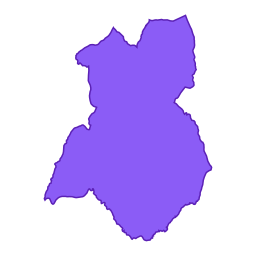 the district of Amagá, Antioquia, Colombia
{"feature_id": "7082276B93936498493280", "entity_name": "Amagá", "entity_type": "district", "adm_level": 2, "iso_a3": "COL", "parent_name": "Colombia", "parent_adm1": "Antioquia", "projection": "equal_earth", "projection_center": [-75.71, 6.034], "detail": "fine", "context": "isolated", "style": "filled", "palette": "violet", "viewbox_px": 256, "rotation_deg": 0, "n_neighbors": 0, "source": "geoboundaries", "source_scale": "gbopen_adm2", "svg_char_len": 5758}
<svg xmlns="http://www.w3.org/2000/svg" viewBox="0 0 256 256"><path d="M45.0,200.1L45.9,199.0L46.7,198.5L48.0,198.2L49.2,198.4L49.8,199.0L50.1,199.6L51.6,203.2L52.7,204.1L53.2,204.1L53.7,203.8L54.2,203.2L56.0,199.9L58.4,197.7L60.0,196.9L62.0,196.4L65.6,196.4L67.1,196.7L69.4,196.6L72.2,196.7L75.2,197.5L76.5,197.6L82.6,196.7L83.6,196.3L84.8,195.3L86.9,193.0L88.1,190.2L88.7,189.3L89.2,188.9L89.7,189.0L90.3,190.1L90.6,190.4L91.1,190.6L92.0,190.5L92.3,190.3L92.6,188.9L93.2,188.9L93.6,189.7L94.0,191.8L94.0,192.3L93.5,193.1L93.7,193.7L96.2,195.8L96.4,197.2L98.1,199.3L98.7,199.8L100.8,200.4L101.1,201.0L101.2,202.8L101.4,203.5L101.6,203.5L103.4,202.7L104.1,202.5L104.6,202.6L104.9,202.9L105.0,203.4L104.6,204.8L104.7,205.2L106.5,206.7L106.6,207.9L106.8,208.7L107.1,209.1L107.7,209.4L109.2,208.9L109.9,209.4L110.4,210.2L110.8,210.3L112.3,213.0L113.1,215.3L113.8,216.4L114.0,217.4L113.8,218.5L113.9,219.1L115.5,220.5L116.0,221.7L116.4,222.2L116.7,223.7L116.9,224.0L118.6,224.3L119.8,225.3L120.7,226.5L122.5,228.0L122.7,228.6L122.2,229.4L122.2,230.0L122.6,231.2L123.0,231.4L124.0,230.6L124.2,232.3L124.4,232.5L125.8,232.6L126.1,232.9L126.5,234.4L126.9,235.0L128.4,235.0L129.4,235.6L130.5,236.9L131.6,238.9L132.2,239.2L133.4,238.0L134.4,238.0L135.8,238.5L136.8,237.7L139.7,236.3L140.6,236.0L141.0,236.0L141.6,236.2L142.4,237.0L143.6,239.1L144.3,239.9L146.3,240.6L149.0,240.1L150.0,240.1L151.5,238.0L152.5,238.1L152.6,237.7L152.4,236.2L152.7,235.9L153.5,235.9L153.5,235.5L153.4,235.1L153.6,234.5L154.7,234.1L155.9,232.1L158.2,231.7L158.8,230.5L159.5,231.4L160.3,230.6L161.0,230.6L161.9,231.2L162.4,231.2L163.5,230.4L164.1,230.6L164.5,231.6L165.4,231.5L166.9,230.1L167.4,229.3L167.4,228.5L167.2,228.1L166.5,227.6L166.4,227.2L166.6,227.0L167.4,226.9L167.7,225.7L168.8,223.5L169.5,222.8L170.2,222.6L170.7,221.5L171.8,220.6L172.2,219.6L172.8,218.8L174.2,217.7L175.3,217.4L175.5,217.2L175.3,216.4L176.3,216.5L176.6,216.3L178.6,214.0L179.4,212.0L180.9,209.9L180.9,208.8L181.6,207.9L183.6,206.6L183.9,206.1L184.8,205.5L185.5,204.6L185.8,204.5L186.7,205.0L187.0,204.9L189.7,204.0L189.6,203.2L189.8,202.9L190.7,203.2L192.5,203.1L192.8,203.2L193.4,204.1L194.0,204.3L194.9,204.3L195.1,204.2L195.3,203.3L195.8,203.1L196.4,201.3L197.4,201.2L198.2,200.0L198.8,199.6L199.0,199.3L199.3,197.1L200.1,195.0L200.1,193.5L200.3,192.1L201.4,189.4L201.9,187.1L202.7,184.8L203.3,180.2L204.3,177.0L205.9,173.3L206.5,172.4L208.8,170.8L211.0,169.9L211.6,167.4L211.1,166.3L209.8,164.9L207.8,161.1L206.5,156.0L204.1,151.1L203.9,149.4L204.0,147.5L203.8,144.4L202.8,142.3L201.5,141.7L200.0,139.5L199.7,138.3L199.6,136.7L198.1,134.1L198.0,132.6L198.5,130.6L198.2,129.3L197.9,128.8L197.6,126.5L195.5,124.2L195.2,123.7L195.0,122.0L193.9,120.7L191.8,120.3L191.2,119.0L190.7,118.5L190.2,115.2L189.8,114.6L189.3,114.3L188.3,114.1L186.9,114.8L186.7,113.2L186.5,112.9L186.2,112.8L185.8,113.0L184.6,114.2L183.6,112.6L183.1,110.7L181.8,109.0L179.6,107.2L178.7,106.6L176.4,103.9L174.2,102.6L174.5,102.1L175.1,99.6L175.3,99.1L176.0,98.4L177.1,98.2L178.1,97.3L180.7,92.8L185.1,87.1L189.3,88.1L190.3,88.1L192.6,86.8L193.7,85.7L194.0,85.1L193.8,83.5L193.8,82.4L192.7,80.5L192.7,79.3L193.2,77.8L193.2,77.4L192.4,76.1L192.3,75.7L192.6,74.9L194.2,73.8L194.5,72.6L194.8,72.2L194.9,71.4L195.6,70.6L196.2,69.4L195.6,68.4L195.6,66.7L195.2,65.7L195.3,63.6L195.2,63.0L193.9,59.6L194.2,58.7L194.7,57.8L194.7,56.6L193.2,52.5L192.9,51.0L192.9,50.2L194.3,47.1L194.6,45.1L194.4,42.7L194.4,40.5L194.1,39.3L194.2,37.9L194.0,36.6L193.6,35.9L192.8,33.8L191.5,29.4L190.3,27.1L187.3,20.3L185.5,15.4L173.2,21.1L170.5,20.9L167.3,19.9L163.5,20.0L161.6,19.5L157.5,20.1L156.2,19.9L155.0,20.0L152.6,20.6L151.0,20.5L149.3,19.8L149.3,20.9L148.7,22.5L147.0,24.2L146.9,24.7L146.5,25.2L146.4,24.9L145.8,25.5L145.6,26.6L145.2,26.9L144.7,28.1L143.5,29.7L142.7,31.4L142.4,32.1L142.4,33.7L141.3,35.1L141.3,35.8L141.0,36.5L141.2,37.4L141.0,38.1L140.0,40.6L138.4,42.0L137.5,43.7L137.0,45.3L136.9,47.2L135.5,45.9L134.5,45.3L132.8,45.2L130.5,45.6L127.4,43.6L126.9,42.1L126.5,41.7L125.1,41.3L124.4,40.6L123.5,38.4L123.4,36.8L123.1,36.4L119.0,32.4L116.9,31.8L115.4,29.7L113.6,28.0L113.4,27.6L112.3,29.5L110.9,32.5L109.0,35.3L108.0,36.3L105.1,38.3L104.6,39.1L103.5,40.2L101.3,41.0L100.5,41.6L98.4,44.2L97.2,44.8L94.9,45.2L94.1,44.8L92.3,44.6L90.3,44.8L89.5,45.2L88.2,46.1L84.8,47.8L81.8,50.1L80.6,50.7L79.6,51.6L79.1,51.8L78.5,52.7L77.6,53.6L76.9,53.8L76.4,55.1L75.9,55.7L76.0,56.4L75.8,58.0L76.0,58.9L76.4,59.5L77.4,59.9L77.7,60.4L77.8,61.2L77.6,63.4L78.0,63.9L78.8,64.2L79.7,63.1L80.2,63.1L80.6,63.4L82.6,65.7L83.6,65.6L85.2,65.8L85.7,66.0L86.5,66.8L87.0,67.1L87.6,66.9L88.3,66.2L88.6,66.1L88.9,70.4L88.5,75.1L88.3,80.6L88.6,81.6L90.3,85.3L90.8,87.9L90.8,89.7L90.1,91.7L89.5,95.7L89.6,97.4L90.1,100.4L91.0,103.6L91.5,104.3L93.5,106.2L96.6,107.3L94.6,112.0L93.4,113.1L92.3,113.5L91.6,114.2L90.1,116.2L88.7,118.8L88.8,119.6L89.3,121.2L88.9,123.2L89.0,123.5L89.2,124.1L89.7,124.8L90.7,125.2L89.7,128.4L89.6,129.3L89.3,129.6L88.8,129.7L87.1,129.2L85.0,126.5L84.3,125.9L83.1,125.0L82.2,125.0L80.4,126.0L79.5,126.1L77.1,127.3L74.9,127.9L74.0,128.5L71.0,132.1L70.6,133.2L69.3,135.7L68.2,137.1L67.9,137.7L67.6,139.5L67.4,139.8L66.6,140.1L66.5,140.4L66.4,141.4L66.6,142.7L66.3,143.3L65.6,143.7L65.2,143.7L64.2,145.1L63.9,145.7L63.5,151.6L63.1,153.7L61.5,157.1L60.1,158.9L59.9,160.6L59.6,161.0L58.1,161.6L56.9,162.7L55.6,163.1L54.8,163.9L54.8,164.2L55.7,165.4L55.9,166.1L55.9,167.2L55.7,167.8L55.2,168.3L55.0,168.8L53.8,173.5L53.0,174.9L52.9,177.0L52.6,177.7L52.3,178.1L51.5,178.2L50.8,179.3L50.9,180.0L51.5,180.3L51.6,180.6L51.3,181.5L51.0,183.2L49.9,183.5L49.4,184.2L49.0,185.8L48.1,186.5L47.9,187.0L47.8,188.7L47.4,190.0L46.4,191.3L45.7,193.1L45.1,195.0L45.1,197.1L44.4,198.3L44.4,198.8L45.0,200.1Z" fill="#8b5cf6" stroke="#5b21b6" stroke-width="1.5"/></svg>